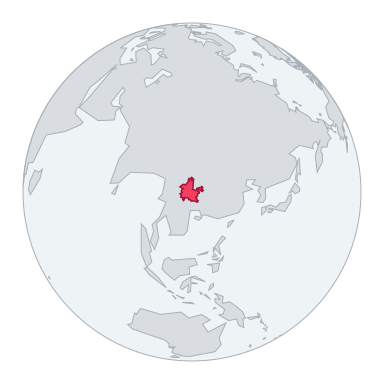 Yunnan on an orthographic globe, rotated 38°
{"feature_id": "CHN-1810", "entity_name": "Yunnan", "entity_type": "Province", "adm_level": 1, "iso_a3": "CHN", "parent_name": "China", "parent_adm1": "", "projection": "orthographic", "projection_center": [102.236, 25.179], "detail": "coarse", "context": "on_globe", "style": "filled", "palette": "rose", "viewbox_px": 384, "rotation_deg": 38, "n_neighbors": 0, "source": "natural_earth", "source_scale": "10m", "svg_char_len": 11313}
<svg xmlns="http://www.w3.org/2000/svg" viewBox="0 0 384 384"><g transform="rotate(38 192 192)"><circle cx="192" cy="192" r="169" fill="#eef3f6" stroke="#a8b0b8"/><path d="M350.7,249.0L350.4,249.9L350.3,250.2L350.7,249.0ZM271.4,42.9L266.2,41.1L268.9,46.1L275.3,50.5L269.6,47.7L285.2,58.7L290.2,65.5L281.2,56.2L277.7,54.1L279.4,57.6L276.2,56.3L275.1,57.4L271.1,55.7L266.1,51.0L263.4,49.9L264.8,52.5L261.6,52.9L260.0,49.1L254.3,49.4L245.0,42.7L244.0,35.9L235.5,32.6L225.6,27.2L223.1,27.0L217.8,25.5L213.0,25.0L212.5,24.6L209.1,24.6L210.5,25.0L209.4,25.3L206.7,25.2L205.6,24.5L206.8,24.5L205.1,24.2L205.7,24.0L203.9,24.1L202.9,23.6L199.8,23.9L195.7,23.5L196.2,23.2L201.4,23.4L207.0,23.7L220.4,25.4L233.7,28.3L246.6,32.1L259.2,37.0L271.4,42.9ZM347.0,124.8L346.9,124.4L347.0,124.8ZM347.2,125.2L347.0,124.6L347.0,124.8L347.2,125.2ZM347.1,125.4L346.7,124.5L347.1,125.4ZM274.1,44.5L272.1,43.3L275.2,44.9L275.4,45.1L274.1,44.5ZM280.5,54.3L279.2,52.5L281.6,54.8L280.5,54.3ZM275.7,57.9L277.1,58.9L275.9,59.1L275.7,57.9ZM268.7,56.8L266.5,57.0L267.9,55.9L268.7,56.8ZM203.2,23.4L201.8,23.4L198.3,23.2L203.2,23.4ZM264.6,56.6L259.2,57.7L261.8,59.9L251.3,54.8L259.4,55.3L260.7,53.4L262.0,55.4L264.6,56.6ZM212.1,25.3L210.5,24.8L214.3,25.4L212.1,25.3ZM214.8,25.7L227.9,28.3L228.9,29.4L224.3,28.1L227.5,30.0L221.5,29.1L218.4,28.0L218.9,27.4L216.2,27.6L214.8,25.7ZM246.3,52.0L244.3,51.7L245.5,51.1L246.3,52.0ZM209.3,25.5L211.8,25.7L212.9,26.6L207.9,26.3L209.1,26.1L209.3,25.5ZM231.3,31.0L231.2,31.8L226.3,31.3L225.5,31.6L221.4,29.2L231.3,31.0ZM207.5,25.8L205.3,26.1L202.4,25.6L206.8,25.3L207.5,25.8ZM215.2,27.1L215.4,27.6L213.7,27.1L215.2,27.1ZM190.7,24.7L193.8,24.7L194.5,25.1L190.7,24.7ZM204.7,26.3L205.7,26.4L206.3,26.7L204.3,26.8L204.7,26.3ZM218.2,29.2L216.2,28.9L219.7,30.1L216.1,30.0L214.0,28.6L213.4,29.2L212.3,29.2L211.8,28.1L218.2,29.2ZM204.2,27.8L200.3,26.4L194.4,26.1L193.6,25.7L203.2,26.2L204.2,27.8ZM208.7,28.0L205.7,27.7L206.2,27.2L208.5,27.0L208.7,28.0ZM214.5,30.6L220.5,31.0L220.7,31.4L214.5,30.6ZM202.4,27.8L203.4,28.2L201.9,27.8L202.4,27.8ZM210.7,29.8L212.7,29.8L213.0,30.2L210.7,29.8ZM203.6,29.0L202.4,28.5L203.9,28.3L203.6,29.0ZM206.8,29.4L206.6,29.9L205.2,28.5L207.7,29.4L206.8,29.4ZM210.6,30.1L211.4,30.3L209.6,30.0L210.6,30.1ZM198.5,30.3L196.4,28.6L199.8,28.0L201.4,29.7L198.5,30.3ZM60.9,85.5L61.7,84.5L58.2,89.3L57.8,96.5L56.9,99.1L51.7,105.0L47.1,122.3L51.9,118.8L53.1,131.3L57.2,135.9L68.1,124.1L61.3,116.0L65.4,108.2L75.0,109.0L81.7,117.0L83.5,114.2L83.7,104.4L89.7,101.8L84.3,100.7L83.2,104.4L79.7,104.0L80.5,100.7L82.6,99.8L81.9,96.6L72.1,102.6L69.9,107.0L65.2,103.1L61.1,110.2L58.2,111.5L64.1,100.0L66.9,97.1L74.1,83.3L70.6,85.9L63.7,99.3L63.8,97.2L59.1,101.7L62.9,96.7L71.4,82.1L70.1,79.2L60.7,86.4L61.6,84.6L65.2,80.4L67.1,78.2L77.2,68.3L73.9,73.6L77.9,70.4L85.2,63.4L83.6,65.9L86.2,63.9L85.6,65.9L91.4,64.1L91.8,66.0L100.4,61.1L101.8,61.6L96.3,64.2L92.7,67.3L94.5,73.0L96.7,72.9L102.2,69.5L102.0,71.8L107.1,67.8L111.2,70.0L110.4,64.2L116.8,60.8L122.8,60.2L124.7,58.2L115.0,59.3L111.3,60.8L108.3,63.6L98.0,67.6L96.0,66.7L106.2,59.1L104.5,57.2L113.2,52.8L134.1,51.5L139.6,53.6L135.3,64.1L130.3,65.2L129.4,61.8L124.4,68.0L127.6,66.0L127.4,68.2L133.5,66.1L133.7,67.6L139.2,63.3L140.1,64.9L136.6,67.6L146.3,66.6L149.9,69.6L152.0,68.8L153.3,66.9L157.0,72.4L158.4,71.6L157.7,69.4L160.1,66.4L165.7,63.5L166.6,65.5L164.8,66.8L162.3,73.1L157.1,76.7L158.1,77.3L162.8,74.7L165.8,67.0L168.9,64.7L168.2,68.2L168.7,66.7L170.5,66.3L173.3,67.8L174.4,64.1L193.3,57.9L200.5,60.9L197.7,64.3L212.0,63.8L219.0,68.3L218.3,66.1L224.8,65.1L222.7,63.6L222.8,62.5L238.3,60.5L242.7,62.0L248.7,59.6L248.3,58.6L245.4,57.3L251.3,54.8L261.8,59.9L262.0,61.8L268.5,64.1L268.1,68.3L270.7,73.2L266.4,77.1L268.8,81.0L271.1,81.6L276.1,87.7L278.6,99.4L266.6,87.4L260.9,71.7L262.4,77.7L259.1,75.8L257.8,77.7L259.0,82.2L261.0,83.0L247.8,89.2L245.0,102.0L252.4,101.3L257.3,105.3L260.6,121.6L247.5,144.2L253.9,151.6L254.5,156.6L249.3,159.7L248.3,152.5L242.8,149.9L243.1,145.6L234.4,148.9L234.4,143.0L227.7,148.9L230.5,153.7L238.1,152.6L232.3,160.9L240.4,169.3L241.6,179.4L228.8,197.2L215.4,202.4L214.6,205.6L209.2,201.8L202.1,207.8L212.3,225.9L212.1,231.0L200.5,240.1L200.2,236.4L185.9,226.4L183.2,238.3L194.1,248.8L197.9,260.4L189.5,256.4L185.7,246.2L180.6,242.3L182.0,232.0L177.7,216.0L169.3,218.2L169.9,211.8L162.8,197.9L150.6,200.5L131.4,214.3L128.7,229.9L122.1,235.5L114.0,210.5L114.3,194.5L108.9,194.6L102.6,179.0L84.7,171.5L84.3,166.9L80.5,167.3L76.4,160.8L76.7,153.4L73.2,152.0L73.0,171.6L77.0,173.2L83.4,168.9L82.3,175.2L86.5,183.0L74.0,193.6L51.0,194.9L52.5,182.7L54.1,144.2L56.2,141.2L56.3,140.8L56.6,140.1L52.9,144.6L54.5,137.4L49.6,162.5L47.2,172.2L50.7,195.4L49.4,196.6L51.7,202.1L63.3,204.3L62.6,208.0L54.8,222.4L41.9,237.0L45.8,254.0L48.5,266.7L45.2,269.7L50.3,280.4L49.3,280.9L52.4,286.4L54.3,289.9L54.6,290.3L47.8,280.1L41.8,269.4L36.6,258.3L32.2,246.9L28.7,235.2L26.0,223.3L24.1,211.2L23.2,199.0L23.1,186.8L23.9,174.6L25.6,162.5L28.2,150.5L31.6,138.8L35.9,127.3L41.0,116.2L46.9,105.5L53.5,95.2L60.9,85.5ZM85.0,133.0L91.5,137.6L95.1,127.4L97.9,128.5L98.1,124.8L95.3,126.6L96.8,117.0L102.0,116.5L104.5,112.6L102.5,110.9L92.8,113.6L90.6,127.1L86.3,129.6L85.0,133.0ZM101.1,52.6L98.8,54.6L95.8,56.1L95.3,55.0L99.6,52.7L101.1,52.6ZM96.1,57.3L106.4,50.7L107.2,51.6L105.0,52.1L104.4,53.4L100.8,54.6L91.4,62.3L88.2,64.3L89.1,60.4L90.6,60.4L92.8,58.2L96.1,57.3ZM131.5,36.7L136.0,35.1L131.7,38.9L128.0,40.1L127.3,38.7L131.2,36.5L131.5,36.7ZM189.1,23.2L191.1,23.2L191.4,23.2L190.0,23.4L189.1,23.2ZM191.5,23.0L187.3,23.1L186.2,23.3L187.1,23.4L193.2,23.8L202.7,24.3L203.1,25.0L200.8,25.3L198.6,25.3L199.1,24.8L195.8,25.2L194.7,24.4L192.1,24.7L180.8,24.0L182.5,23.7L173.8,24.2L174.9,23.9L180.5,23.5L176.7,23.7L191.5,23.0ZM154.2,27.3L158.9,26.3L165.6,25.6L165.8,26.4L168.9,25.6L170.0,25.9L167.0,26.4L172.1,25.9L172.2,26.3L178.1,27.0L185.5,26.5L187.8,26.9L185.0,27.4L189.3,27.6L185.5,28.8L187.1,29.2L185.0,31.1L178.6,32.0L180.8,32.5L179.3,34.2L174.1,35.4L175.5,33.7L168.7,36.4L167.6,34.8L166.9,35.2L164.0,34.6L159.3,34.8L159.6,34.0L157.6,34.4L155.7,34.2L153.1,34.6L152.6,33.5L149.4,34.0L151.1,33.2L145.6,34.4L149.5,33.0L147.3,32.9L144.7,34.3L148.8,29.4L147.6,29.1L144.7,29.8L154.2,27.3ZM197.7,30.8L190.3,31.7L186.1,31.5L191.5,28.4L190.6,27.9L194.0,26.4L200.0,26.9L198.5,27.2L198.5,27.7L196.6,27.3L198.0,28.0L196.0,28.5L196.6,29.3L194.0,29.3L197.7,30.8ZM59.1,97.9L59.0,99.3L59.5,100.6L56.6,103.7L59.1,97.9ZM64.7,87.9L65.1,88.4L61.2,92.9L61.3,91.7L64.7,87.9ZM68.6,85.1L65.4,88.1L67.2,85.8L68.6,85.1ZM97.0,64.6L97.8,65.2L96.6,66.1L94.6,66.9L97.0,64.6ZM153.6,44.5L155.1,43.2L156.1,43.2L161.7,41.2L162.9,42.4L160.1,44.2L153.6,44.5ZM65.0,125.0L61.9,126.2L62.1,124.2L63.2,124.2L65.0,125.0ZM57.5,114.4L57.7,118.5L56.7,115.2L57.5,114.4ZM155.9,45.5L158.0,44.5L157.3,45.8L155.9,45.5ZM164.1,43.3L163.8,44.6L163.7,42.4L164.1,43.3ZM130.7,346.5L134.2,348.1L131.8,347.5L130.7,346.5ZM64.0,275.1L66.3,293.7L61.8,290.9L57.8,283.8L54.7,271.5L58.8,270.9L60.0,266.2L64.0,275.1ZM240.0,285.3L244.9,285.6L244.7,286.3L240.0,285.3ZM234.8,283.2L240.5,283.1L233.8,284.7L234.8,283.2ZM242.7,283.1L248.5,281.4L251.0,280.1L250.6,281.6L242.7,283.1ZM230.9,283.4L209.6,283.5L201.2,281.5L203.2,279.1L216.9,279.9L230.9,283.4ZM202.5,279.0L189.5,271.3L171.7,248.4L178.1,249.4L196.7,263.6L195.5,265.8L203.4,271.8L202.5,279.0ZM233.8,265.6L232.5,272.3L220.8,272.0L215.4,270.9L211.8,262.3L213.8,257.9L218.2,258.0L235.1,242.5L241.0,246.0L235.9,252.7L240.7,258.4L233.8,265.6ZM129.4,231.5L132.9,241.6L129.4,242.4L129.4,231.5ZM241.8,231.4L235.1,238.5L241.2,229.2L241.8,231.4ZM245.4,222.6L245.8,226.1L243.0,222.8L245.4,222.6ZM214.6,210.4L209.9,211.2L209.7,208.7L215.6,206.3L214.6,210.4ZM242.4,188.0L242.6,195.5L241.7,198.0L239.5,193.6L242.4,188.0ZM169.5,57.7L160.4,58.8L154.7,61.2L152.8,64.5L151.6,60.6L160.4,57.0L169.5,57.7ZM190.3,57.5L191.9,55.0L193.8,56.1L193.7,56.8L190.3,57.5ZM189.4,56.0L186.6,53.1L189.2,51.7L190.9,54.3L189.4,56.0ZM170.9,48.5L168.1,48.6L168.7,47.5L170.9,48.5ZM276.8,334.9L278.5,331.9L284.0,329.8L280.1,333.3L276.8,334.9ZM323.2,298.5L323.6,298.0L323.3,298.3L323.2,298.5ZM262.0,325.4L229.6,336.5L222.9,335.9L225.5,332.6L221.2,322.6L223.5,322.8L223.1,315.5L242.8,307.6L257.2,293.5L267.1,293.2L275.2,282.5L285.1,281.6L281.5,289.6L291.0,292.5L299.3,274.2L303.3,290.5L309.0,294.3L308.4,303.7L291.3,323.3L283.3,328.4L282.6,327.5L279.0,329.9L274.7,330.6L273.9,326.4L270.3,328.6L274.5,324.1L269.0,328.5L267.5,325.7L262.0,325.4ZM331.8,276.5L332.8,276.3L333.7,277.9L332.2,278.6L331.8,276.5ZM348.1,254.9L348.0,255.8L347.2,257.2L348.1,254.9ZM350.3,250.2L349.3,252.0L350.7,249.0L350.3,250.2ZM339.3,263.1L339.6,263.8L339.1,264.5L339.3,263.1ZM338.9,263.0L339.8,260.9L339.4,262.7L338.9,263.0ZM334.9,256.6L335.7,255.3L336.0,255.8L334.9,256.6ZM252.2,285.1L259.2,279.5L262.9,278.7L252.2,285.1ZM334.1,255.1L332.3,255.8L332.6,254.7L334.1,255.1ZM334.4,252.8L334.3,251.5L335.2,254.2L334.4,252.8ZM331.1,251.2L333.2,252.7L330.9,251.6L331.1,251.2ZM329.8,252.1L328.2,251.7L328.3,251.2L329.8,252.1ZM310.1,260.6L316.3,266.9L311.0,268.3L305.2,264.8L300.0,270.8L288.8,272.3L291.5,268.8L290.1,264.5L278.2,264.6L275.7,261.9L280.1,259.2L272.0,257.8L280.9,255.2L284.4,261.0L289.4,255.3L297.7,254.9L305.6,255.3L311.7,258.4L310.1,260.6ZM280.7,269.1L282.2,268.8L280.8,270.9L280.7,269.1ZM325.1,249.5L327.4,251.6L327.1,252.5L325.9,252.5L325.1,249.5ZM313.1,256.9L319.8,249.9L321.3,249.5L316.8,256.6L313.1,256.9ZM318.3,247.0L321.2,246.8L322.7,249.2L322.1,250.2L318.3,247.0ZM262.7,265.5L262.3,267.3L260.0,266.2L262.7,265.5ZM265.7,264.2L272.7,265.3L265.0,265.7L265.7,264.2ZM244.1,259.8L246.2,263.8L252.8,260.7L247.7,264.9L252.2,271.4L250.6,274.1L246.2,267.0L244.5,274.7L241.5,274.7L240.0,268.3L243.1,260.1L246.0,256.6L258.0,254.4L244.1,259.8ZM265.7,259.1L263.8,254.4L265.2,250.9L267.2,253.3L265.7,259.1ZM258.1,242.9L253.0,237.5L248.5,240.0L257.5,231.2L261.0,237.9L258.1,242.9ZM253.6,230.4L249.4,232.7L253.7,227.7L253.6,230.4ZM248.2,230.8L247.6,226.7L251.0,227.1L248.2,230.8ZM255.8,230.4L256.4,223.4L258.2,227.4L255.8,230.4ZM245.8,217.6L253.4,223.9L243.8,221.6L242.8,208.1L246.8,207.6L245.8,217.6ZM264.8,161.4L263.4,157.6L266.9,156.4L266.9,159.3L264.8,161.4ZM277.1,150.3L267.4,154.9L259.5,159.1L262.2,160.6L261.0,167.3L256.5,161.5L261.6,153.9L267.8,152.0L268.1,146.5L272.2,142.4L270.4,135.8L272.0,132.8L275.6,138.3L277.1,150.3ZM269.3,133.1L267.6,121.6L274.5,122.6L276.4,125.3L274.3,130.0L270.8,129.2L269.3,133.1ZM269.2,119.2L265.8,118.4L256.2,102.6L255.8,99.6L266.8,111.5L264.2,111.5L265.4,115.4L269.2,119.2ZM245.2,52.8L244.4,51.8L246.2,52.6L245.2,52.8ZM221.5,61.8L222.1,60.5L224.3,61.2L221.5,61.8ZM224.8,57.4L222.0,57.4L224.6,56.5L224.8,57.4ZM215.7,57.9L220.6,57.1L216.5,59.2L215.7,57.9Z" fill="#d9dde1" stroke="#a8b0b8" stroke-width="1"/><path d="M192.6,199.1L190.0,200.6L190.7,203.9L189.3,203.7L188.8,202.0L186.3,203.0L185.7,201.2L183.6,200.8L184.7,198.6L182.9,197.8L182.4,195.5L182.9,194.9L179.3,195.4L180.2,191.6L182.6,189.9L182.7,184.8L181.7,184.9L181.3,183.1L182.5,182.6L182.7,180.8L183.5,181.1L183.6,180.0L184.6,183.2L185.5,181.1L191.0,189.5L194.0,188.5L193.7,185.8L196.3,182.7L196.2,181.7L197.7,181.8L197.9,184.0L199.9,183.6L199.7,185.4L196.5,185.4L195.6,186.4L196.2,187.9L197.7,187.4L198.4,188.4L197.5,190.3L198.8,191.7L198.3,194.1L199.7,194.1L200.2,195.2L202.2,195.0L202.5,196.7L199.2,197.8L196.7,199.8L195.0,199.0L194.1,200.1L192.6,199.1Z" fill="#f43f5e" stroke="#9f1239" stroke-width="1.5"/></g></svg>